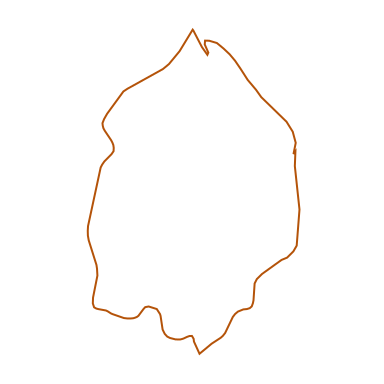 SVG path tracing the border of Pomeroon-Supenaam, rotated 356°
{"feature_id": "GUY-680", "entity_name": "Pomeroon-Supenaam", "entity_type": "Region", "adm_level": 1, "iso_a3": "GUY", "parent_name": "Guyana", "parent_adm1": "", "projection": "robinson", "projection_center": [-58.872, 7.19], "detail": "fine", "context": "isolated", "style": "outline", "palette": "amber", "viewbox_px": 384, "rotation_deg": 356, "n_neighbors": 0, "source": "natural_earth", "source_scale": "10m", "svg_char_len": 1415}
<svg xmlns="http://www.w3.org/2000/svg" viewBox="0 0 384 384"><g transform="rotate(356 192 192)"><path d="M204.0,30.1L204.6,31.0L212.0,48.1L216.9,56.2L218.0,54.1L215.0,45.7L215.6,41.9L219.7,42.3L227.2,45.1L233.5,51.1L239.2,57.3L244.2,64.2L249.1,72.6L255.4,84.1L263.0,94.5L267.7,102.2L291.2,128.5L296.7,138.9L298.9,150.2L295.9,161.2L298.0,158.7L296.4,173.3L298.0,217.0L292.7,252.8L289.0,258.3L282.3,264.1L276.6,266.0L256.2,278.6L250.6,283.4L248.1,287.6L245.8,304.3L245.0,307.2L243.6,310.3L241.5,311.9L238.6,312.6L235.0,312.7L229.5,314.5L226.5,316.7L224.0,319.5L215.2,335.0L212.7,337.7L210.5,339.4L201.0,344.7L188.2,353.9L183.5,341.3L183.4,338.6L181.9,335.6L179.4,335.5L176.9,336.2L173.3,337.6L171.6,338.0L169.8,338.3L165.3,337.9L159.9,336.1L157.2,334.5L154.9,331.6L153.1,327.2L152.0,313.4L151.6,311.6L148.7,306.3L140.8,303.2L137.3,303.6L135.5,305.3L129.9,311.8L128.3,312.8L126.5,313.4L124.8,313.8L122.9,313.9L119.0,313.7L115.3,313.0L104.5,308.4L102.9,307.6L99.5,305.1L97.9,304.2L90.5,302.3L88.4,301.6L86.3,300.2L85.3,296.2L85.9,290.5L91.8,268.8L91.9,261.9L91.6,258.1L85.6,233.0L85.1,228.3L85.3,223.5L85.9,218.8L102.6,161.2L104.3,158.4L106.7,155.4L114.4,148.6L116.6,145.8L117.0,142.5L116.8,139.7L116.0,137.1L114.9,134.6L109.2,124.7L108.1,122.3L107.6,119.7L107.5,117.1L109.4,113.1L112.8,108.0L130.6,86.9L135.0,84.4L171.6,67.3L177.9,62.8L189.4,50.7L204.0,30.1Z" fill="none" stroke="#b45309" stroke-width="2"/></g></svg>